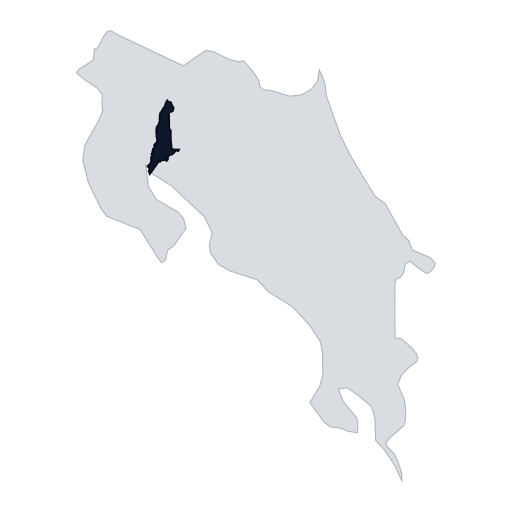 Canas, Guanacaste, Costa Rica (highlighted)
{"feature_id": "36466004B65281330352027", "entity_name": "Canas", "entity_type": "district", "adm_level": 2, "iso_a3": "CRI", "parent_name": "Costa Rica", "parent_adm1": "Guanacaste", "projection": "equal_earth", "projection_center": [-85.111, 10.45], "detail": "fine", "context": "in_parent", "style": "filled", "palette": "ink", "viewbox_px": 512, "rotation_deg": 0, "n_neighbors": 0, "source": "geoboundaries", "source_scale": "gbopen_adm2", "svg_char_len": 6743}
<svg xmlns="http://www.w3.org/2000/svg" viewBox="0 0 512 512"><path d="M435.4,263.4L434.8,266.1L432.9,268.9L430.3,271.7L426.8,273.7L418.2,267.9L409.9,261.3L405.3,264.3L403.6,272.9L400.5,277.3L396.6,279.0L395.0,281.9L394.8,310.8L395.1,338.1L401.4,338.7L412.0,348.2L416.5,353.8L418.0,358.9L416.7,361.5L409.0,367.4L401.5,375.0L397.7,384.4L404.3,399.6L405.8,409.9L405.5,420.7L403.7,425.9L389.2,438.3L386.0,442.6L386.4,445.8L394.5,454.3L398.3,462.6L401.5,472.6L402.0,481.3L394.6,465.2L384.5,449.9L375.6,440.4L374.9,418.3L371.4,406.4L358.1,395.3L346.7,387.6L338.3,389.2L343.5,401.9L356.9,418.1L357.8,424.4L357.6,432.7L348.4,431.4L340.3,428.0L330.4,427.0L323.9,422.0L309.9,402.6L319.8,386.0L322.8,375.1L322.5,352.6L320.3,341.7L309.5,325.1L292.5,306.8L268.6,291.9L257.4,279.9L229.4,270.7L218.8,264.6L210.5,253.3L209.3,245.2L212.2,232.7L204.5,216.8L171.2,185.6L152.6,174.1L148.6,167.3L145.7,165.2L148.5,186.8L156.7,199.8L177.9,211.9L183.7,219.0L186.1,228.2L173.8,245.7L167.5,250.2L165.6,259.8L161.6,262.7L157.4,257.2L140.2,229.6L106.9,216.4L100.9,208.3L88.5,183.1L82.8,160.1L84.9,144.8L98.5,121.0L102.8,110.6L101.9,104.2L102.4,94.8L97.3,88.2L84.7,79.7L76.6,72.8L78.8,69.4L93.3,60.1L94.2,51.8L94.2,49.1L96.5,48.5L98.6,46.3L99.9,44.0L103.9,36.0L107.3,31.4L111.3,30.7L116.2,34.1L134.4,42.7L154.7,52.3L183.6,65.9L195.6,57.2L205.9,50.5L213.0,51.5L228.6,59.2L237.9,61.7L243.7,60.9L253.6,72.3L259.0,80.9L259.9,86.6L263.0,89.7L270.7,90.4L289.7,96.2L301.2,95.0L311.8,88.9L317.5,81.5L319.3,70.0L322.0,75.7L325.1,84.7L326.5,96.3L340.2,135.0L351.1,156.8L375.0,196.3L385.3,203.6L402.8,235.4L408.8,240.6L412.3,250.0L430.4,257.8L435.4,263.4Z" fill="#d9dde1" stroke="#a8b0b8" stroke-width="1"/><path d="M172.4,105.5L172.1,105.3L172.0,105.1L171.8,105.0L171.7,104.8L171.8,104.1L171.6,103.7L171.4,103.0L171.2,102.7L171.1,102.3L170.9,102.3L170.6,102.1L170.1,102.0L169.6,101.8L169.0,101.7L168.4,101.7L168.2,101.6L167.8,101.4L167.6,101.0L167.6,100.5L167.5,100.1L166.9,100.5L166.9,100.8L166.7,101.1L166.3,101.5L165.9,102.4L165.6,103.1L165.5,103.7L165.2,104.1L165.1,104.4L164.9,105.4L164.9,105.7L164.7,106.0L164.5,106.4L164.5,106.7L164.1,107.1L164.1,107.4L164.0,107.5L163.6,107.8L163.4,108.0L163.1,108.1L163.0,108.5L162.8,108.9L162.7,109.2L162.7,109.4L162.5,109.5L162.4,109.7L162.1,109.9L161.8,110.5L161.5,110.9L161.4,111.2L161.3,111.5L161.1,111.9L160.8,112.2L160.3,112.4L160.1,113.1L160.0,113.5L159.8,114.0L159.7,114.2L159.7,114.3L159.7,114.6L159.8,115.1L159.7,115.2L159.6,115.4L159.6,115.6L159.6,116.0L159.6,116.3L159.8,116.4L159.8,116.5L159.6,116.9L159.6,117.2L159.6,117.5L159.6,117.8L159.6,118.1L159.6,118.4L159.5,118.6L159.3,118.8L159.3,119.0L159.4,119.3L159.4,119.5L159.6,119.6L159.6,119.9L159.6,120.3L159.5,121.0L159.5,121.3L159.4,121.4L159.2,121.7L159.1,122.1L159.0,122.4L159.0,122.6L159.2,122.9L159.2,123.1L158.9,123.2L158.9,123.6L158.6,123.7L158.6,123.8L158.4,124.2L158.3,124.5L158.2,125.1L158.0,125.3L157.7,125.5L157.4,126.0L156.9,126.3L156.7,126.5L156.5,127.2L156.5,127.3L156.6,127.5L156.6,127.8L156.4,128.3L156.1,129.0L156.4,129.1L156.8,129.2L156.4,130.2L156.2,130.6L156.3,131.3L156.2,131.6L156.0,132.0L156.0,132.6L156.2,133.1L156.2,133.4L156.4,133.6L156.4,134.1L156.4,134.3L156.4,134.6L156.5,134.8L156.4,135.2L156.4,135.7L156.3,136.1L156.3,136.5L156.4,136.8L156.6,137.3L156.6,137.6L156.8,137.9L156.9,138.3L156.9,139.0L156.9,139.3L157.0,139.6L157.0,140.1L156.7,141.4L156.7,141.7L156.8,142.0L156.6,142.4L156.3,142.8L155.4,143.4L155.1,143.5L155.1,143.9L155.1,144.0L155.3,144.4L155.3,144.6L155.0,144.7L154.9,144.9L154.7,144.9L154.4,144.7L154.2,144.9L154.3,145.0L154.5,145.0L154.6,145.3L154.6,145.6L154.5,145.8L154.2,145.8L154.2,145.4L154.0,145.6L154.0,145.8L154.1,146.1L154.2,146.3L154.3,146.2L154.5,146.1L154.8,146.2L154.8,146.7L154.7,146.8L154.4,146.8L154.3,147.1L154.6,147.3L154.6,147.6L154.3,147.7L154.0,148.0L153.8,148.1L153.7,148.6L153.5,149.2L153.4,149.2L153.3,148.8L153.2,148.8L152.8,148.9L152.8,149.1L152.8,149.4L152.8,149.7L153.0,150.0L152.9,150.3L152.7,150.7L152.6,150.9L152.3,151.0L152.2,151.2L152.2,151.6L152.4,151.7L152.5,151.8L152.5,152.1L152.6,152.3L152.5,152.5L152.1,153.0L152.1,153.3L152.2,153.5L152.2,153.8L151.9,153.6L151.7,153.6L151.7,154.0L151.4,153.8L151.3,154.0L151.5,154.2L151.6,154.4L151.7,154.7L152.0,155.3L151.7,156.2L151.4,156.6L151.4,156.8L151.2,156.8L151.1,157.3L151.0,157.5L150.8,157.6L150.8,157.8L150.8,158.4L151.1,159.6L151.1,159.9L151.2,160.3L151.3,160.5L151.7,160.9L151.9,161.1L152.0,161.3L151.8,161.4L151.5,161.4L151.2,161.3L150.9,161.3L150.7,161.6L150.7,162.2L150.6,162.4L150.3,163.2L150.2,163.4L149.7,164.0L149.4,164.1L149.1,164.3L148.7,165.1L148.4,165.3L148.0,165.8L147.8,165.9L147.5,166.0L147.3,166.5L148.1,167.1L148.6,167.7L148.8,167.8L149.2,168.2L149.2,168.7L149.3,169.8L149.0,170.1L148.8,170.2L148.6,170.7L148.6,170.9L148.6,171.0L148.6,171.7L148.9,172.2L149.3,172.6L149.4,172.8L149.4,173.4L149.5,173.8L149.5,174.2L149.6,174.4L149.7,174.5L149.8,174.3L149.9,174.1L150.2,173.7L150.3,173.6L150.5,173.4L150.8,172.9L151.2,172.5L158.3,162.3L158.3,161.9L158.6,161.8L158.7,161.6L159.0,161.5L159.3,161.6L159.6,161.6L159.9,161.7L159.9,161.9L160.1,161.9L160.1,161.5L160.4,161.4L160.6,161.1L161.0,161.1L161.1,160.9L161.1,160.7L161.2,160.4L161.6,160.4L161.8,160.3L162.0,160.3L162.5,160.4L162.8,160.5L163.3,160.4L163.6,160.4L164.0,160.2L164.0,159.9L164.3,159.9L164.9,159.9L165.1,160.0L165.4,160.4L165.7,160.4L165.7,160.6L166.1,160.7L166.2,160.8L166.4,160.8L166.8,161.1L167.0,160.9L167.0,160.6L167.1,160.3L167.2,160.2L167.3,160.1L167.3,159.7L167.6,159.7L167.6,159.8L167.8,159.8L167.9,159.5L167.8,159.3L167.9,159.1L168.1,158.9L167.7,158.7L167.8,158.2L167.6,157.9L167.6,157.1L168.1,156.9L168.2,156.6L168.3,156.3L168.6,156.3L168.8,156.0L169.1,155.9L169.2,155.7L169.3,155.5L169.6,155.3L169.7,154.9L169.9,154.7L170.1,154.6L170.3,154.5L170.6,154.8L170.9,154.9L171.0,154.9L171.2,154.5L171.2,154.4L171.6,154.2L171.8,154.1L171.9,154.5L172.1,154.6L172.4,154.2L172.8,154.1L173.3,153.5L173.8,153.3L174.0,153.1L174.1,152.9L174.3,152.8L174.4,152.6L174.6,152.1L175.1,151.8L175.3,151.6L175.4,151.0L175.4,150.9L175.5,150.7L175.9,150.9L176.3,150.9L176.7,150.4L176.9,150.4L177.0,150.5L177.5,150.9L177.6,151.0L178.2,151.4L178.3,151.4L178.4,151.2L178.4,150.7L178.6,150.5L178.9,150.3L179.3,149.5L172.0,149.2L171.0,140.9L170.9,133.5L170.9,130.1L169.4,128.9L169.2,116.6L169.2,116.2L169.2,115.3L169.2,114.9L169.0,114.7L168.9,114.6L169.1,113.9L169.1,113.7L169.1,113.4L168.9,113.2L169.1,112.8L169.2,112.7L169.5,112.6L170.0,112.3L170.5,112.2L170.9,112.2L171.5,111.6L171.6,111.4L172.4,111.4L172.8,111.4L172.9,111.0L173.0,110.8L173.0,110.6L173.0,110.2L173.0,109.7L173.5,109.0L173.6,108.7L173.8,108.1L173.6,107.6L173.5,107.3L173.4,107.3L173.4,107.2L173.2,107.0L172.9,106.8L172.8,106.5L172.6,105.8L172.4,105.5Z" fill="#0f172a" stroke="#020617" stroke-width="1.5"/></svg>